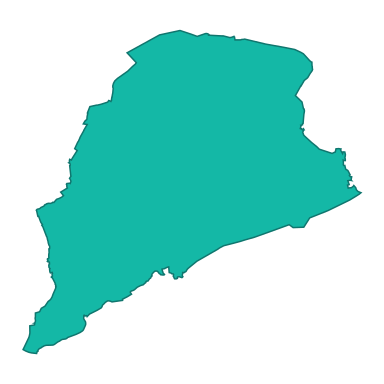 Aalten, Gelderland, Netherlands (Mercator projection)
{"feature_id": "6326949B6406677734864", "entity_name": "Aalten", "entity_type": "district", "adm_level": 2, "iso_a3": "NLD", "parent_name": "Netherlands", "parent_adm1": "Gelderland", "projection": "mercator", "projection_center": [6.543, 51.914], "detail": "fine", "context": "isolated", "style": "filled", "palette": "teal", "viewbox_px": 384, "rotation_deg": 0, "n_neighbors": 0, "source": "geoboundaries", "source_scale": "gbopen_adm2", "svg_char_len": 5738}
<svg xmlns="http://www.w3.org/2000/svg" viewBox="0 0 384 384"><path d="M23.1,349.6L25.9,351.1L28.9,352.3L31.5,352.9L36.6,353.5L37.2,351.5L38.0,351.1L37.9,350.9L37.9,350.4L38.8,349.1L39.8,348.4L41.3,347.7L41.7,347.3L44.3,345.8L46.2,345.3L52.3,345.1L53.5,344.9L54.6,344.3L57.7,342.0L59.6,341.1L61.6,339.7L62.5,339.4L65.8,338.9L67.0,338.2L67.6,337.5L76.0,334.4L80.1,332.5L82.5,330.9L83.4,329.9L85.4,325.4L85.7,324.4L85.7,323.0L85.5,321.8L84.0,319.3L83.7,318.6L83.8,315.6L83.9,315.3L84.3,315.2L85.1,316.0L86.2,315.6L86.6,315.6L86.8,315.9L87.1,316.6L89.5,314.1L97.1,310.3L101.2,307.9L102.1,306.6L102.2,305.9L102.7,304.9L103.4,304.4L105.4,302.3L107.6,300.9L108.0,300.8L110.1,301.1L112.0,301.9L122.6,300.4L122.7,300.1L122.5,299.2L127.4,296.7L131.5,294.2L130.3,292.4L130.3,291.9L130.5,291.6L131.7,290.8L132.6,290.7L134.4,289.8L137.3,287.2L140.5,285.6L143.4,284.7L144.6,283.4L145.7,282.7L145.9,282.4L146.0,281.5L146.2,281.4L146.6,281.2L148.0,281.0L149.5,278.8L150.5,278.1L150.8,277.8L150.9,277.1L151.6,276.3L151.8,276.3L151.9,276.1L152.0,275.5L151.7,275.3L151.9,274.5L152.3,273.7L153.9,272.0L155.0,271.1L156.9,271.1L157.6,271.4L159.2,273.5L160.2,274.1L160.6,274.7L162.6,275.0L164.0,275.0L164.5,274.4L163.5,273.5L162.9,272.6L162.7,271.5L162.1,269.8L162.0,269.1L164.3,268.7L164.9,268.5L165.3,268.1L166.2,267.8L167.1,267.3L168.7,266.9L169.2,272.6L170.9,273.0L171.8,273.8L173.1,273.9L173.5,274.3L173.6,274.5L173.5,275.1L173.3,275.9L173.3,276.4L173.9,277.2L174.4,278.6L174.8,278.9L176.5,278.8L177.1,278.5L177.4,278.4L177.5,278.1L177.3,277.3L177.5,277.0L179.2,276.7L181.2,277.4L181.8,277.6L182.2,277.5L182.9,276.7L182.4,275.9L182.3,275.6L182.4,274.3L182.8,273.5L182.6,272.7L182.9,272.4L183.3,272.7L184.2,272.6L184.6,272.1L185.4,271.9L185.8,271.6L186.3,271.0L187.0,269.6L187.6,269.0L187.6,268.8L196.9,261.2L217.8,249.2L219.6,247.9L223.8,245.7L233.2,243.3L240.3,241.4L245.3,239.8L254.5,237.2L289.2,224.7L293.1,227.6L303.8,227.2L309.7,217.9L328.0,210.6L347.7,201.0L349.9,199.9L356.0,196.2L359.3,194.1L361.0,192.7L358.3,191.6L357.8,191.3L356.4,189.8L355.7,187.6L353.8,185.5L353.3,186.3L351.4,187.7L349.2,187.9L348.2,188.1L347.8,186.2L347.5,185.1L349.2,184.6L347.8,180.7L350.2,180.3L351.4,180.5L351.2,180.3L351.3,178.7L351.7,176.8L351.3,176.7L350.4,176.8L349.4,175.6L349.4,175.3L350.1,174.8L348.1,170.9L347.5,170.2L345.9,169.4L345.5,168.4L344.8,165.4L343.7,165.5L343.5,165.1L343.3,164.7L343.4,163.4L343.2,160.1L344.4,160.6L345.3,160.6L345.3,159.2L345.2,158.6L344.9,157.9L345.3,155.8L345.4,154.5L344.8,152.0L343.0,151.9L342.6,153.6L340.6,150.2L340.7,149.7L341.0,149.0L338.8,148.6L336.0,148.8L335.3,152.0L335.1,152.0L332.1,153.4L319.3,149.2L316.9,146.8L311.6,142.5L307.0,138.3L303.8,135.3L302.7,132.2L303.9,129.7L304.0,129.7L303.5,128.8L302.7,129.9L301.3,129.1L301.5,128.7L300.3,128.5L300.8,126.8L300.9,126.0L301.3,125.5L301.0,125.2L302.5,124.8L302.6,123.5L303.1,123.4L303.6,117.5L303.9,114.2L304.4,111.4L304.4,110.4L304.1,109.2L303.9,109.3L303.5,108.8L302.0,102.0L295.4,95.6L300.9,85.7L301.1,85.9L304.3,80.4L307.0,78.3L307.8,77.5L310.2,73.4L312.1,70.8L312.6,69.5L312.3,68.1L312.3,66.7L312.0,65.5L311.9,62.2L311.6,62.2L309.7,60.7L308.8,59.7L303.4,53.8L300.8,52.3L294.8,49.5L284.2,47.4L265.7,44.1L244.7,39.1L243.2,39.4L241.9,39.4L241.8,39.5L240.4,39.9L235.0,39.9L234.5,37.0L234.0,36.9L233.9,36.4L231.9,37.2L229.9,37.6L223.3,35.9L223.2,35.9L223.3,36.0L208.9,35.2L209.2,34.8L208.5,34.2L207.5,33.7L206.2,33.5L205.4,33.6L197.2,36.4L191.2,34.2L180.0,30.5L159.6,34.9L127.1,52.8L136.3,62.7L135.3,64.1L132.5,66.5L127.7,71.2L117.5,78.4L114.8,80.9L113.5,83.3L112.8,85.8L112.8,87.2L113.2,88.3L112.8,92.7L112.2,95.7L112.2,96.4L112.1,97.0L111.9,97.0L111.4,99.9L111.6,100.1L110.9,101.5L109.7,100.8L108.7,100.5L107.8,102.0L106.9,102.4L100.9,104.3L97.1,105.2L96.6,105.1L89.9,106.6L87.9,111.7L87.5,112.7L87.8,112.7L87.8,113.2L87.1,116.6L86.9,119.2L86.8,119.4L84.9,121.1L83.3,123.9L87.2,124.5L83.8,130.3L83.9,130.5L83.2,131.7L80.4,136.7L80.0,137.5L79.7,138.4L78.3,141.5L77.8,142.0L74.7,148.7L77.2,150.5L72.2,158.4L71.4,160.0L69.7,159.3L69.4,160.4L69.5,160.6L69.4,162.0L69.0,162.7L68.8,162.8L69.3,163.1L69.8,163.2L70.2,164.6L70.1,165.6L69.7,165.7L70.8,175.7L71.0,176.1L69.5,178.4L70.1,179.2L70.6,180.2L70.9,181.2L70.9,181.6L70.2,183.5L69.7,183.2L67.9,183.4L66.9,183.5L66.6,183.9L66.4,184.2L66.4,184.3L66.9,185.2L66.8,185.4L66.9,186.4L66.8,186.8L67.4,188.0L60.7,192.1L63.3,195.4L63.1,195.7L63.3,195.8L61.8,197.1L59.2,198.4L56.6,199.3L55.6,200.4L53.9,202.5L52.9,202.2L52.4,202.7L50.7,203.4L48.1,203.3L47.6,203.6L46.8,203.7L46.1,204.3L45.2,204.5L44.5,205.1L44.5,205.5L43.5,206.3L40.9,207.5L40.1,208.3L39.2,208.8L37.7,209.1L37.0,209.4L36.3,210.2L36.7,211.0L37.7,215.7L37.9,216.4L38.6,216.3L40.2,220.7L40.9,222.4L42.4,224.6L41.8,225.2L42.9,226.9L46.6,236.6L47.0,237.1L47.5,239.6L48.0,241.2L48.3,243.2L48.5,243.5L48.8,244.9L49.6,246.0L49.7,248.1L49.5,248.8L48.9,248.9L49.1,252.7L48.8,254.1L48.7,256.3L48.9,257.9L48.1,258.5L47.5,258.8L47.4,259.4L47.5,259.7L48.0,260.2L48.0,260.9L47.4,261.2L47.3,261.4L48.1,261.9L48.8,261.9L49.4,262.2L49.5,263.8L49.2,263.8L49.1,264.0L48.8,265.5L49.0,267.4L49.3,267.9L50.0,268.5L49.6,269.3L49.6,269.7L49.9,272.0L50.1,272.1L50.4,272.9L51.3,272.8L51.9,272.4L52.2,272.4L52.2,273.0L52.5,273.4L52.1,274.3L52.1,275.1L52.4,275.7L52.4,276.2L51.3,277.0L51.4,277.4L52.1,277.5L52.6,278.3L54.2,281.4L55.1,283.2L55.2,284.3L55.5,284.4L56.0,286.5L55.7,286.5L55.8,287.0L55.6,288.4L53.1,294.1L52.1,296.9L50.9,299.0L49.9,300.1L48.1,301.5L45.1,306.0L44.4,306.5L41.3,308.3L39.8,311.4L39.5,311.8L35.4,313.0L35.4,316.4L35.3,317.7L35.1,318.0L35.5,320.7L35.3,321.7L34.8,322.8L34.7,323.1L34.4,323.2L34.8,323.3L34.5,324.9L29.8,325.8L29.9,332.8L29.8,333.6L29.2,336.5L28.6,338.0L23.4,348.9L23.0,348.6L23.3,349.2L23.1,349.6Z" fill="#14b8a6" stroke="#0f766e" stroke-width="1.5"/></svg>